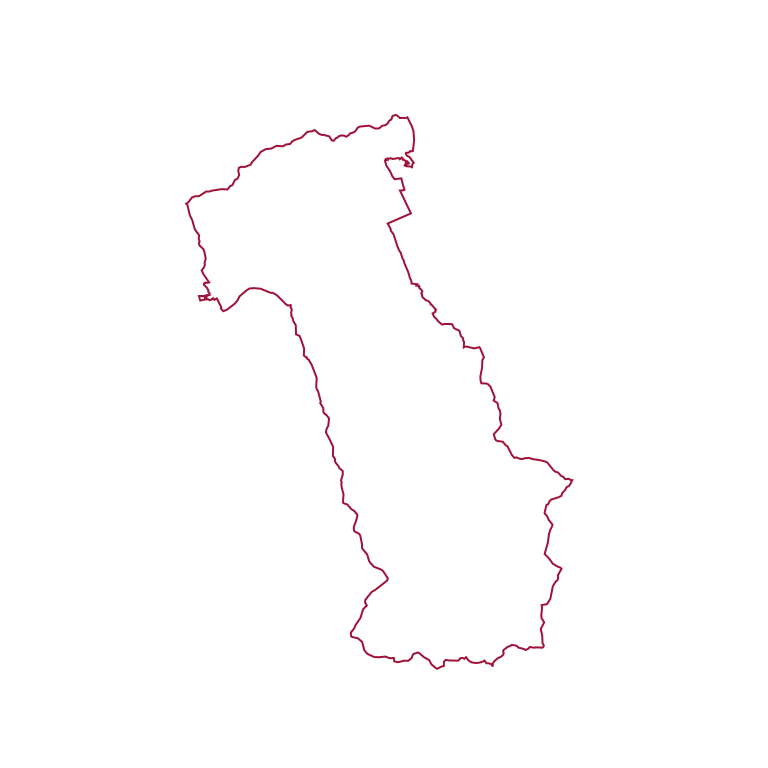 outline of Caiuti, Bacau, Romania, rotated 295°
{"feature_id": "2599482B38271521863944", "entity_name": "Caiuti", "entity_type": "district", "adm_level": 2, "iso_a3": "ROU", "parent_name": "Romania", "parent_adm1": "Bacau", "projection": "mercator", "projection_center": [26.906, 46.152], "detail": "fine", "context": "isolated", "style": "outline", "palette": "rose", "viewbox_px": 768, "rotation_deg": 295, "n_neighbors": 0, "source": "geoboundaries", "source_scale": "gbopen_adm2", "svg_char_len": 6166}
<svg xmlns="http://www.w3.org/2000/svg" viewBox="0 0 768 768"><g transform="rotate(295 384 384)"><path d="M283.8,622.4L291.5,623.0L292.1,621.7L291.9,617.4L292.5,612.8L295.2,608.2L297.9,601.4L309.7,599.5L317.9,596.9L322.3,596.3L326.5,596.5L327.9,596.0L330.2,591.1L333.3,587.5L334.6,584.3L335.2,584.0L343.1,582.3L344.2,583.5L348.1,583.7L349.8,584.3L355.5,590.4L357.7,592.0L360.7,591.7L364.3,592.9L367.7,593.1L369.7,594.7L371.8,595.2L376.4,595.2L375.8,593.5L376.2,591.7L374.3,588.4L375.6,585.7L375.6,583.3L377.4,579.0L376.9,576.9L377.4,574.2L381.9,565.1L381.9,563.1L380.9,557.6L378.8,550.6L378.3,546.9L376.4,543.1L374.4,541.2L373.6,538.5L373.4,534.8L372.3,533.8L372.3,533.2L373.6,530.0L379.3,522.8L379.8,521.7L379.9,520.1L381.9,516.1L380.3,511.0L380.3,509.3L381.2,508.0L384.8,504.7L392.5,507.1L396.6,507.6L401.7,503.5L405.7,502.4L407.7,501.1L409.3,499.9L410.0,498.4L414.7,494.9L415.3,490.4L418.9,489.9L426.5,481.7L427.8,478.3L427.7,476.7L425.8,471.9L427.9,470.1L431.4,468.2L440.2,466.0L447.3,463.0L450.4,463.3L457.1,456.0L457.7,454.9L454.4,450.7L452.9,443.2L452.2,441.8L450.9,440.8L456.0,438.8L457.0,437.2L458.7,436.5L460.0,433.4L464.2,429.7L464.1,424.7L464.5,423.5L467.0,420.3L464.1,413.7L462.4,411.5L463.6,406.9L465.4,403.4L465.9,401.2L468.5,398.2L471.2,400.1L472.5,399.3L473.3,399.7L476.0,393.4L475.8,392.7L476.9,391.7L477.6,390.1L477.9,388.4L477.6,386.2L478.5,384.1L478.5,383.1L480.0,381.1L481.0,380.9L481.6,380.0L482.6,380.3L482.1,380.1L482.2,379.5L484.1,379.6L485.5,377.3L486.0,375.2L486.8,374.6L487.4,374.8L487.9,373.9L487.5,373.4L487.7,372.8L486.7,371.7L487.5,371.2L488.3,371.5L486.7,366.6L489.4,364.9L490.5,363.2L495.6,358.7L502.8,350.7L504.3,349.7L505.5,347.8L510.2,343.5L511.0,341.9L514.0,338.4L523.7,329.4L526.0,325.1L527.4,324.5L531.0,319.5L550.0,336.3L566.1,316.7L567.2,318.8L568.8,320.5L572.1,317.3L577.7,312.8L574.1,307.2L575.7,303.9L579.1,299.9L583.0,293.8L586.8,290.5L588.1,290.5L587.7,291.3L588.4,292.0L589.2,290.8L588.9,292.5L590.0,292.0L590.5,293.7L591.4,294.5L591.6,296.8L594.8,301.5L595.1,302.3L594.4,303.4L596.5,304.3L596.2,304.5L596.3,305.5L595.8,305.5L595.3,306.6L595.6,306.7L595.5,308.3L594.5,310.3L595.7,310.6L594.6,313.2L594.1,313.3L593.8,312.6L594.2,311.5L593.8,310.4L592.0,311.9L591.9,310.4L590.8,310.4L590.8,312.1L592.4,316.4L592.3,317.7L595.8,316.8L597.0,317.5L600.5,311.1L600.7,307.9L602.2,306.3L602.9,306.3L604.0,308.5L606.2,309.3L606.1,310.1L607.5,311.7L617.8,308.2L625.2,304.1L629.1,300.6L635.6,292.5L634.6,291.7L631.8,286.0L632.9,282.4L632.7,280.8L630.6,278.5L626.9,278.8L624.8,277.5L621.5,277.1L619.2,275.9L617.4,273.4L613.6,271.5L611.8,268.1L611.9,261.5L607.2,253.5L605.2,251.8L600.6,251.1L598.2,249.1L597.1,247.5L594.8,246.9L592.5,245.5L592.0,244.8L592.3,243.2L591.5,240.8L589.7,238.5L587.4,237.5L586.8,236.7L583.1,235.6L582.8,233.8L585.3,229.7L584.2,223.7L583.4,222.3L583.3,219.2L584.9,213.9L582.5,211.8L580.2,208.0L572.6,205.2L567.2,199.7L564.6,198.1L561.9,197.5L559.5,193.8L556.9,192.2L554.4,185.9L549.8,182.4L546.9,177.6L542.1,174.1L537.8,173.4L529.2,170.6L526.2,170.3L521.6,165.8L521.0,163.6L518.7,161.1L515.6,161.8L512.2,164.4L509.0,164.5L508.0,164.3L505.8,162.6L500.2,162.6L498.2,160.9L494.1,159.9L492.1,154.7L486.7,146.6L484.6,144.3L483.3,141.5L476.1,137.0L474.3,133.5L472.0,131.2L465.6,129.7L463.8,128.5L463.0,130.3L454.9,136.7L451.5,140.9L444.1,147.3L440.6,153.7L437.5,154.6L435.3,156.6L433.3,156.8L431.6,158.2L429.9,163.3L427.8,165.4L422.4,169.4L418.0,170.2L416.0,171.4L413.7,171.5L409.8,170.8L407.1,174.1L402.2,182.6L401.2,181.5L400.4,179.1L399.7,179.2L399.0,178.4L397.8,178.8L396.4,182.8L394.5,185.4L393.8,185.4L392.9,186.4L392.8,187.4L391.2,188.4L390.2,186.9L390.0,187.2L389.0,186.5L389.6,185.9L386.8,182.4L386.9,181.9L385.5,179.1L382.0,182.2L385.2,186.4L386.9,184.8L387.3,186.5L385.9,187.9L386.5,189.2L386.3,190.7L388.5,192.8L388.8,192.4L389.6,192.9L388.6,194.7L390.9,196.3L384.7,204.2L383.4,204.3L382.1,207.6L385.0,210.3L393.5,214.7L397.6,215.9L402.3,216.0L410.8,219.8L413.8,221.9L415.8,225.4L418.2,231.8L418.7,242.7L419.6,244.3L419.4,248.0L418.7,250.7L414.6,262.1L414.6,264.0L416.1,266.0L415.9,266.4L413.9,267.0L413.0,268.5L412.1,269.1L409.4,269.6L407.9,270.8L406.7,271.0L405.6,272.8L402.4,275.6L400.1,279.1L391.8,283.3L391.9,287.1L388.3,290.9L382.4,296.6L376.0,299.3L375.5,300.8L375.5,302.7L374.5,303.2L374.3,305.3L371.0,310.1L368.8,312.5L361.1,320.4L352.7,323.8L350.7,325.4L350.0,326.9L348.4,328.3L341.4,334.1L339.7,334.3L336.4,339.3L334.2,340.2L332.3,341.7L331.4,345.3L329.6,348.7L322.8,351.1L318.7,351.0L315.6,351.8L310.5,358.6L305.5,364.5L297.2,368.1L295.3,371.4L293.6,371.9L291.9,374.0L290.5,377.1L288.9,379.0L287.7,383.4L284.2,385.0L278.6,385.7L277.1,387.1L275.7,387.4L271.8,389.8L267.0,393.9L259.2,396.9L258.9,397.8L259.3,401.7L256.8,407.1L256.3,411.2L255.5,412.2L254.4,414.9L253.2,415.6L248.4,416.5L241.8,417.0L239.0,418.4L237.9,419.6L237.8,424.5L236.9,426.3L229.6,431.7L225.8,433.6L222.3,440.9L217.3,445.3L216.1,447.3L214.1,452.2L214.6,459.3L214.2,462.0L209.4,469.7L207.1,469.9L193.6,463.0L190.3,460.7L180.5,458.3L178.1,459.1L175.9,462.1L171.3,460.3L162.0,461.5L153.5,460.1L150.2,460.3L144.6,459.0L141.8,460.6L141.2,461.7L142.5,467.9L141.0,473.2L134.8,478.3L132.9,481.5L132.4,483.4L132.4,490.6L134.4,495.2L137.6,500.5L137.8,504.5L138.5,506.4L139.9,508.6L137.0,510.5L137.8,514.4L141.6,518.9L143.5,523.1L147.3,524.8L151.5,524.6L154.9,528.0L155.1,529.1L153.3,535.7L152.9,541.5L149.9,545.6L148.4,551.3L148.4,552.6L151.8,555.1L153.7,557.4L157.6,555.7L159.7,556.4L160.2,556.9L160.9,559.7L164.5,567.9L165.5,568.7L167.5,568.9L169.0,571.0L168.9,573.0L171.1,573.8L169.1,577.6L168.7,580.8L169.9,585.1L171.9,588.4L174.5,591.2L175.8,591.9L174.2,594.8L175.1,597.0L175.4,599.4L174.4,601.1L174.5,601.6L176.8,600.7L179.3,601.1L184.0,603.2L185.9,605.1L189.1,606.5L190.7,606.2L192.4,604.7L193.7,604.9L198.4,607.4L199.8,609.1L201.6,610.0L202.7,614.1L202.8,615.0L201.9,616.9L202.9,622.6L202.8,624.9L205.2,626.7L207.2,627.2L208.3,631.0L210.5,635.1L211.8,638.8L212.9,639.5L214.7,639.3L216.0,637.3L222.9,633.7L228.2,629.6L235.7,629.9L238.3,625.8L241.0,624.2L247.6,622.0L250.2,620.3L253.4,624.8L259.7,625.5L272.0,622.5L276.8,623.0L279.7,624.1L281.7,623.9L283.8,622.4Z" fill="none" stroke="#9f1239" stroke-width="2"/></g></svg>